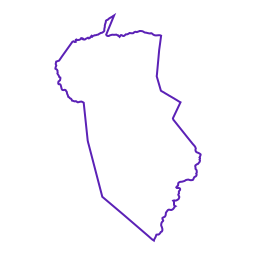 Baianópolis, Bahia, Brazil
{"feature_id": "56859067B57298755452364", "entity_name": "Baianópolis", "entity_type": "district", "adm_level": 2, "iso_a3": "BRA", "parent_name": "Brazil", "parent_adm1": "Bahia", "projection": "orthographic", "projection_center": [-44.418, -12.672], "detail": "fine", "context": "isolated", "style": "outline", "palette": "violet", "viewbox_px": 256, "rotation_deg": 0, "n_neighbors": 0, "source": "geoboundaries", "source_scale": "gbopen_adm2", "svg_char_len": 4197}
<svg xmlns="http://www.w3.org/2000/svg" viewBox="0 0 256 256"><path d="M161.1,35.7L160.2,35.3L159.0,35.2L157.6,35.3L156.4,35.4L155.5,35.4L154.5,35.2L153.4,34.7L152.4,33.9L151.6,33.3L150.9,33.2L150.2,33.5L149.3,33.4L148.3,33.2L147.4,33.0L146.3,32.7L145.4,32.6L144.7,32.5L143.7,31.9L142.7,31.3L141.7,31.1L140.6,31.0L139.6,31.0L138.8,31.4L137.6,31.8L136.9,32.1L136.2,31.9L135.3,31.8L134.1,32.3L133.4,33.1L132.2,33.3L131.1,33.2L130.3,33.1L129.5,33.0L128.9,33.5L128.0,34.0L126.9,34.4L125.9,34.3L125.3,34.8L124.7,35.4L124.0,35.9L123.1,36.0L122.3,35.5L121.5,35.1L120.7,35.2L120.3,36.0L119.6,36.8L119.2,36.2L118.5,36.1L118.2,35.4L117.2,35.1L116.2,34.6L115.1,34.8L114.3,34.8L113.4,34.8L112.5,34.7L111.4,34.9L110.5,35.2L109.7,35.4L108.8,36.0L107.4,35.9L106.6,35.4L106.2,34.6L114.1,15.4L113.0,16.1L111.9,16.9L110.7,17.5L109.7,18.1L108.7,18.8L107.7,19.8L106.5,20.2L105.9,20.9L105.8,21.9L105.6,22.8L105.3,23.6L105.1,24.3L104.8,25.6L104.8,27.1L104.5,28.0L104.3,29.3L104.3,30.8L103.7,31.6L102.9,32.2L101.9,32.8L100.6,33.0L100.1,33.4L99.2,33.8L98.4,34.5L97.0,34.8L95.8,35.2L94.5,35.3L93.8,35.7L92.7,35.9L92.2,36.8L91.4,36.9L91.2,36.2L90.4,37.1L89.8,38.0L88.8,38.4L88.0,37.7L86.8,38.3L85.8,38.8L85.1,39.4L84.0,39.6L83.3,38.8L82.5,39.1L81.9,38.1L81.1,38.2L80.5,39.2L79.4,39.8L78.2,40.0L77.1,40.1L76.5,39.5L75.8,39.8L75.7,40.6L75.7,41.9L74.7,42.0L73.5,41.3L72.4,41.8L61.7,56.8L61.1,57.7L60.2,59.0L59.1,60.6L56.2,61.6L55.7,63.9L55.9,64.7L56.3,65.4L56.1,66.1L55.7,67.0L55.5,67.8L55.4,68.7L56.9,69.6L57.5,70.6L57.5,71.6L57.7,72.4L57.4,73.5L58.0,74.5L58.5,75.2L59.0,76.2L59.3,77.1L60.3,77.5L60.4,78.5L60.2,79.4L60.0,80.3L59.3,80.9L58.5,81.5L58.3,82.5L58.2,83.2L58.6,84.1L59.5,84.1L60.2,84.4L60.7,85.1L61.0,86.2L61.3,87.4L61.6,88.7L62.0,89.6L62.6,90.0L63.6,90.1L64.8,89.8L65.6,90.1L66.0,90.9L66.7,91.7L66.9,92.5L67.0,93.2L67.3,94.2L67.7,94.9L68.0,95.9L68.3,96.9L69.2,97.3L69.8,98.2L70.9,98.7L71.6,99.5L72.0,100.6L72.9,100.8L73.7,101.1L74.8,101.4L75.7,101.2L76.4,101.4L77.0,101.9L77.8,102.3L78.8,102.1L79.4,101.9L80.3,101.7L81.5,101.6L82.5,102.0L83.7,102.7L87.7,140.6L88.2,142.8L88.7,144.6L102.3,196.8L122.9,214.2L148.4,236.1L152.0,239.3L153.9,240.6L154.1,239.9L154.5,238.9L155.1,237.9L155.6,236.9L156.0,235.8L156.4,234.7L157.3,234.5L158.2,234.6L159.0,234.3L159.7,233.6L160.3,232.9L160.7,232.1L161.8,231.5L162.3,230.6L162.4,229.7L162.3,228.6L161.7,226.7L161.2,225.6L161.2,224.5L161.4,223.2L162.0,222.0L162.8,221.3L163.2,220.7L162.9,219.9L162.4,218.8L162.5,217.9L163.5,217.3L164.7,216.8L165.2,216.2L165.7,215.0L165.8,213.9L165.9,212.8L166.6,211.7L167.3,210.8L168.0,210.0L168.7,209.7L169.4,209.7L170.3,209.9L171.2,210.0L172.1,209.7L172.9,209.2L173.5,208.6L173.9,208.0L174.4,207.3L174.7,206.6L175.4,206.2L174.3,205.6L174.0,204.6L174.0,203.2L174.0,202.1L173.6,201.3L173.2,200.7L174.2,200.4L175.3,200.6L176.1,200.5L176.8,200.2L177.6,199.7L178.4,199.2L178.9,198.4L179.3,197.1L179.1,196.2L178.6,195.6L178.3,194.5L179.0,193.3L178.8,191.9L179.2,190.9L179.7,190.4L180.1,189.8L180.1,188.9L179.7,188.3L178.9,188.0L177.4,188.0L176.7,187.9L176.3,187.3L177.1,186.3L177.9,185.7L178.2,184.9L178.1,184.1L178.3,183.1L179.3,182.2L180.4,181.8L182.0,181.7L183.0,181.4L184.1,181.1L185.1,180.6L185.8,180.1L187.2,179.7L188.5,179.6L189.3,179.9L190.1,180.1L191.0,180.2L191.8,180.1L192.7,180.0L193.2,179.5L193.7,178.3L194.2,177.3L195.0,176.7L195.7,176.4L196.4,175.6L196.6,174.4L196.2,173.5L196.7,172.8L196.8,172.0L196.7,171.2L196.6,170.3L196.2,169.6L195.5,168.8L195.5,167.7L195.4,166.9L195.2,166.1L195.5,165.3L196.5,164.6L197.2,164.1L198.0,163.9L198.6,163.1L199.1,162.5L199.6,161.9L200.0,160.7L199.5,159.5L200.0,158.8L200.0,158.0L199.5,157.5L200.0,156.5L200.5,155.3L200.6,154.4L199.8,153.7L198.9,153.2L198.1,152.8L197.2,152.5L196.2,151.9L195.7,151.1L195.5,150.3L195.5,149.4L195.8,148.5L195.5,147.7L195.2,146.9L194.5,145.9L192.7,143.9L186.9,136.7L174.0,120.5L173.4,119.8L172.9,118.3L180.5,102.3L179.7,101.9L178.8,101.4L178.2,101.0L177.4,100.5L176.1,99.7L175.2,99.2L174.3,98.6L172.9,97.8L171.9,97.2L171.0,96.7L170.4,96.3L169.4,95.8L168.3,95.1L167.1,94.4L166.3,93.9L165.7,93.6L164.9,93.1L163.8,92.4L162.7,91.8L162.0,91.4L160.9,90.7L156.7,76.2L156.9,74.9L159.2,49.8L159.6,46.9L159.9,44.8L161.1,35.7Z" fill="none" stroke="#5b21b6" stroke-width="2"/></svg>